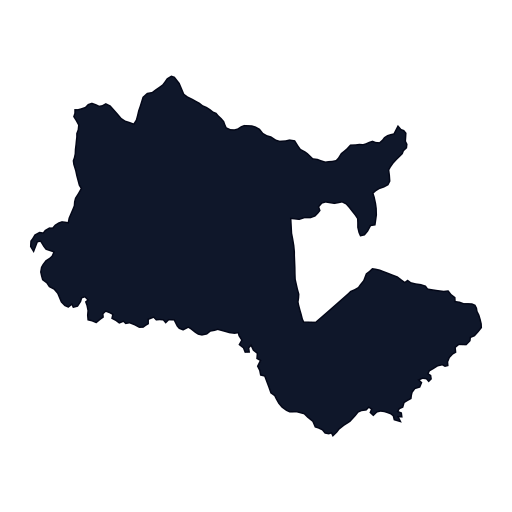 the district of Mogi Guaçu, São Paulo, Brazil
{"feature_id": "56859067B6849718148142", "entity_name": "Mogi Guaçu", "entity_type": "district", "adm_level": 2, "iso_a3": "BRA", "parent_name": "Brazil", "parent_adm1": "São Paulo", "projection": "mercator", "projection_center": [-47.009, -22.234], "detail": "fine", "context": "isolated", "style": "filled", "palette": "ink", "viewbox_px": 512, "rotation_deg": 0, "n_neighbors": 0, "source": "geoboundaries", "source_scale": "gbopen_adm2", "svg_char_len": 5132}
<svg xmlns="http://www.w3.org/2000/svg" viewBox="0 0 512 512"><path d="M75.0,109.8L75.0,113.3L73.9,116.6L76.4,120.6L78.8,125.0L78.3,129.9L76.9,133.5L76.9,137.0L76.4,141.3L76.1,144.5L75.5,149.4L75.3,153.9L74.5,157.7L73.4,160.8L73.9,164.4L75.8,170.6L76.9,175.8L78.1,180.3L79.4,185.2L81.4,188.5L78.6,193.5L75.6,198.2L74.7,201.8L74.4,205.8L73.0,209.3L69.2,218.2L68.3,222.8L65.2,222.3L62.0,221.9L58.8,223.0L55.3,225.2L52.7,228.2L49.4,228.1L45.3,230.5L43.3,233.1L39.6,232.5L35.0,235.0L32.8,238.7L31.0,241.1L30.7,246.5L33.6,251.3L37.3,241.7L40.7,241.1L44.0,246.5L46.1,249.2L51.2,250.9L54.1,251.9L52.2,256.2L49.9,258.3L46.1,260.7L43.2,264.5L41.6,267.3L40.8,272.0L41.7,276.1L42.7,279.7L46.9,282.8L49.4,286.6L54.2,289.1L57.8,293.3L61.4,301.9L64.9,305.5L68.3,307.0L71.9,304.1L73.3,307.2L77.5,306.1L80.5,301.5L81.6,297.8L85.0,296.7L88.1,300.0L85.8,301.9L87.1,305.5L88.1,310.6L87.7,315.2L88.1,319.8L92.2,320.8L96.2,322.5L100.3,319.1L103.1,317.1L102.8,313.7L105.7,311.1L109.7,312.6L112.9,314.4L112.0,318.3L116.0,320.4L119.3,322.9L123.5,321.2L125.7,323.4L129.6,322.7L134.9,324.8L139.3,327.2L143.1,327.1L145.7,325.2L148.2,323.7L148.2,319.3L153.7,317.1L156.3,319.8L159.5,319.5L163.4,319.8L165.7,322.6L168.6,319.7L174.2,319.8L177.3,326.0L179.3,328.3L183.1,329.8L188.3,327.1L190.9,328.7L195.3,332.2L198.3,334.1L201.9,334.9L206.7,333.9L210.3,331.0L214.4,330.3L217.7,329.3L224.7,331.2L229.6,332.6L234.6,333.2L238.3,332.6L239.1,335.7L241.9,340.1L239.4,344.6L243.5,347.8L245.2,352.1L249.2,352.0L248.6,347.8L251.1,345.2L253.4,350.1L257.4,353.3L257.0,358.5L260.6,360.4L257.7,366.2L259.8,370.4L260.7,375.0L264.8,376.0L266.7,381.1L269.0,387.2L271.0,392.9L274.8,395.6L276.3,398.7L278.9,403.3L282.1,407.1L286.5,410.3L289.8,411.8L296.8,411.7L304.3,413.7L307.8,417.2L312.9,421.3L315.3,426.9L318.5,427.9L322.5,429.8L325.1,433.0L328.7,433.7L331.5,432.8L332.9,435.7L336.7,432.0L338.9,429.1L343.8,425.2L349.9,421.3L355.2,415.5L358.0,412.0L361.4,410.5L366.1,409.9L368.8,407.1L371.7,409.1L370.3,412.5L373.3,415.3L376.8,411.9L380.5,411.0L384.3,411.5L387.2,412.4L390.7,413.7L393.3,415.7L394.3,419.7L400.4,421.5L398.0,416.6L401.8,416.8L401.3,413.0L397.6,411.5L399.3,408.6L402.7,407.1L404.0,402.5L407.4,400.4L410.9,398.5L411.3,395.3L412.0,392.3L414.8,388.5L419.7,387.0L421.5,382.6L418.6,379.9L422.6,378.2L426.5,378.7L428.7,381.3L431.1,378.9L430.6,375.5L427.9,373.8L429.3,370.8L433.1,368.6L437.5,365.8L442.3,364.7L445.0,366.2L447.8,365.5L447.5,361.8L449.3,357.4L452.5,354.0L455.6,352.2L455.1,347.4L458.7,344.4L466.1,344.6L469.9,340.7L470.3,337.4L474.4,335.7L478.0,331.7L481.3,327.6L481.1,323.8L480.1,319.6L478.8,315.2L476.9,311.4L476.4,308.2L474.9,305.3L471.9,304.0L467.7,303.8L463.6,303.8L459.6,302.3L455.0,301.6L454.8,297.6L450.9,294.6L448.1,291.0L443.7,291.5L436.8,290.6L432.2,289.9L427.5,289.1L425.4,286.2L420.7,284.7L415.6,284.0L410.7,282.8L407.6,280.5L404.8,282.6L401.3,280.1L397.3,277.0L392.8,275.3L388.0,273.4L382.7,271.4L379.7,270.2L375.7,269.3L372.4,268.8L369.7,271.4L366.4,273.9L363.8,280.7L360.4,284.9L358.5,287.6L354.7,289.8L350.7,291.5L348.6,293.6L336.8,304.0L326.2,313.3L315.7,322.4L307.0,322.2L303.7,322.2L302.3,319.2L301.0,314.1L299.8,310.0L298.5,305.0L297.9,301.9L298.5,297.9L298.7,294.2L297.3,289.1L295.1,279.3L294.9,273.7L294.8,267.6L294.5,260.2L294.3,255.5L294.3,251.9L293.7,245.6L292.6,239.0L291.5,233.3L290.7,218.4L294.9,218.8L299.2,219.3L304.3,217.6L310.4,217.6L315.0,215.9L317.9,212.9L319.8,210.5L318.5,206.8L321.8,203.0L325.6,201.9L329.8,202.6L334.4,203.3L338.3,202.6L342.1,201.8L346.3,203.9L349.4,207.4L352.5,211.4L355.3,214.9L357.7,218.5L357.9,222.7L357.9,227.4L359.1,232.5L360.5,235.7L364.4,234.8L367.5,231.1L370.5,225.5L374.9,224.8L375.6,220.0L376.3,214.9L376.1,208.4L375.5,203.8L374.1,197.2L372.8,193.2L375.6,190.7L379.1,188.5L383.8,186.9L387.9,184.7L389.7,181.1L389.3,175.3L388.6,169.9L390.2,167.0L393.0,163.0L396.4,159.3L399.8,156.0L402.2,153.6L403.3,150.7L406.4,147.8L406.8,144.3L405.3,141.3L405.6,136.9L405.8,133.2L403.7,130.6L400.9,129.6L398.0,126.2L395.8,130.5L394.0,134.0L390.8,134.7L387.6,135.7L384.5,137.7L382.7,140.1L379.6,142.9L375.6,142.6L372.5,141.4L369.4,142.4L365.8,144.0L363.0,144.8L359.4,144.5L355.7,145.0L350.5,145.2L347.0,149.0L344.2,151.4L341.4,153.6L338.6,158.1L336.2,160.7L332.3,161.5L329.0,161.7L325.3,162.2L320.5,160.7L317.4,159.5L312.7,158.9L310.0,156.3L307.3,153.7L304.8,151.9L300.3,149.5L297.9,146.2L294.6,140.9L289.5,140.1L285.7,141.0L279.6,141.4L275.7,140.2L270.9,137.0L266.7,135.8L262.7,133.5L259.4,129.3L255.4,127.1L251.8,126.0L247.8,125.8L244.2,125.7L241.3,126.8L237.8,129.1L234.4,130.0L230.3,129.8L226.1,127.9L224.7,124.7L223.6,121.6L221.1,118.7L218.0,115.8L216.0,113.4L212.8,112.1L210.0,109.8L206.4,107.5L202.4,105.8L199.3,103.3L196.1,101.6L192.4,99.5L187.3,97.0L183.7,94.3L181.1,88.1L179.1,83.4L176.5,80.1L174.3,77.3L171.4,76.3L167.3,78.8L164.8,82.4L162.8,85.0L159.5,87.4L155.7,90.0L152.3,92.6L147.3,93.5L143.1,97.3L140.3,106.4L138.8,110.7L137.6,115.8L136.4,120.2L133.8,124.2L129.2,122.5L125.0,121.2L121.0,118.5L117.3,114.1L110.1,106.0L105.8,103.9L102.4,105.8L99.1,106.4L95.8,104.8L91.9,103.4L88.3,104.6L85.5,107.5L81.1,109.0L78.0,109.8L75.0,109.8Z" fill="#0f172a" stroke="#020617" stroke-width="1.5"/></svg>